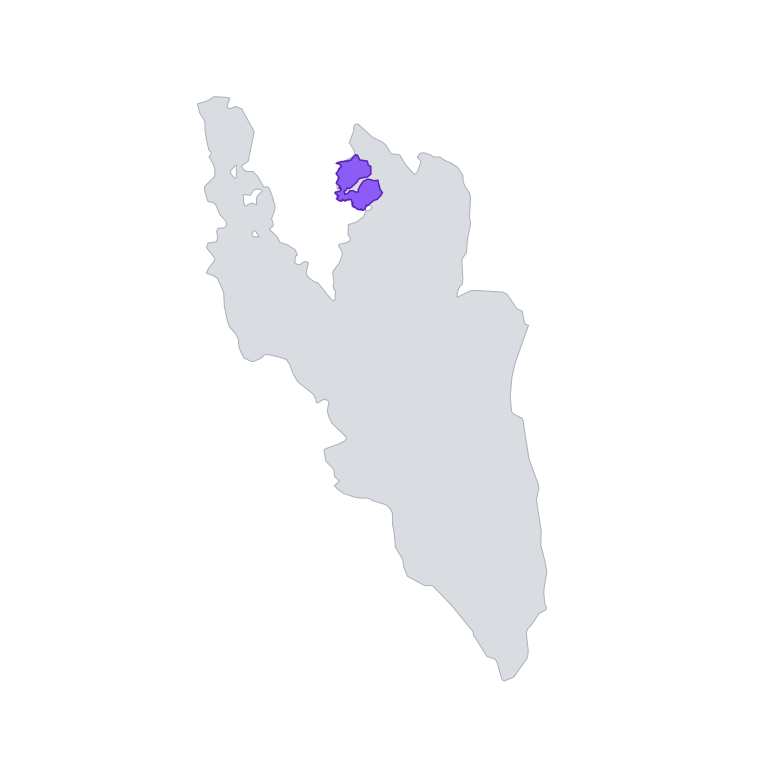 Ala-Buka, Jalal-Abad, Kyrgyzstan (highlighted), rotated 79°
{"feature_id": "92254566B39559079408831", "entity_name": "Ala-Buka", "entity_type": "district", "adm_level": 2, "iso_a3": "KGZ", "parent_name": "Kyrgyzstan", "parent_adm1": "Jalal-Abad", "projection": "mercator", "projection_center": [71.199, 41.407], "detail": "fine", "context": "in_parent", "style": "filled", "palette": "violet", "viewbox_px": 768, "rotation_deg": 79, "n_neighbors": 0, "source": "geoboundaries", "source_scale": "gbopen_adm2", "svg_char_len": 8346}
<svg xmlns="http://www.w3.org/2000/svg" viewBox="0 0 768 768"><g transform="rotate(79 384 384)"><path d="M168.2,460.6L170.1,459.4L176.0,458.2L188.0,457.0L192.1,457.9L200.3,462.8L206.6,462.2L207.8,462.9L210.2,467.0L218.9,460.9L225.2,459.1L228.4,453.0L235.2,445.6L241.0,444.4L241.1,445.6L242.2,446.7L248.1,448.4L249.9,446.5L250.9,443.8L248.8,439.5L248.8,437.7L250.7,435.1L260.1,439.2L262.2,439.1L266.5,436.8L270.5,432.8L271.9,429.7L291.2,419.5L292.6,417.6L292.3,416.3L284.2,413.9L280.6,415.2L277.2,415.2L275.1,413.7L265.3,413.2L263.1,412.1L256.6,404.7L248.5,400.0L244.5,400.3L239.9,402.3L238.4,401.4L238.0,394.4L237.1,390.2L234.3,389.2L230.7,390.9L220.8,388.6L219.6,379.7L215.9,372.0L210.6,368.9L210.4,364.2L208.6,362.2L207.0,362.8L205.0,365.1L206.0,370.3L205.2,375.5L204.0,378.1L201.8,380.0L199.2,380.0L194.6,377.4L193.9,393.0L193.1,394.0L187.7,391.8L183.4,392.7L176.9,391.8L172.1,389.2L162.7,386.3L158.2,383.4L155.5,372.9L152.9,369.2L150.4,368.4L140.4,372.0L130.1,365.6L125.0,364.3L123.6,362.3L123.9,359.9L139.5,348.2L145.7,340.1L149.5,336.7L159.4,333.0L161.6,325.6L162.4,324.7L172.5,321.1L183.7,314.6L183.9,312.8L182.8,311.2L172.7,305.2L167.6,308.0L164.5,304.5L164.5,300.9L167.9,294.8L170.7,291.7L171.9,285.8L176.0,281.8L180.2,275.6L185.3,270.4L194.7,266.6L200.0,267.8L204.9,266.9L212.6,263.8L217.3,263.5L236.9,268.3L243.5,268.5L258.7,274.8L270.7,277.9L276.5,283.8L295.7,286.5L301.0,288.2L302.8,291.1L308.3,294.7L312.9,295.6L308.9,281.3L310.5,272.8L316.6,249.5L319.7,245.9L335.4,239.3L339.0,234.4L350.2,234.5L352.6,233.6L353.8,230.9L388.6,251.4L401.7,257.1L419.9,262.4L435.3,264.1L437.9,262.9L444.1,254.9L447.0,254.5L485.1,256.0L512.5,251.7L516.4,252.0L526.6,256.5L558.9,257.8L571.6,260.8L591.7,259.7L600.2,260.2L615.4,266.0L620.8,267.2L630.8,268.1L634.6,267.1L636.7,268.4L638.9,275.7L648.3,284.9L651.8,289.8L655.3,291.8L673.2,293.3L679.9,295.3L696.4,312.5L698.5,322.5L696.8,324.6L679.3,326.0L675.3,327.4L671.1,334.9L647.6,343.9L644.1,343.8L612.6,360.8L590.9,375.1L590.0,382.0L577.3,397.6L567.8,399.5L559.7,399.1L546.4,403.9L529.4,402.2L523.5,402.5L512.4,400.4L507.9,401.5L503.1,404.7L496.5,417.1L493.8,420.0L492.6,422.8L491.6,428.8L489.1,435.2L483.5,444.8L478.7,449.3L474.3,452.1L470.8,446.2L465.0,450.3L459.6,449.4L456.3,450.7L448.8,455.8L437.6,455.6L436.4,453.8L434.2,439.8L432.3,433.1L430.7,431.6L428.7,431.4L412.7,442.5L405.3,444.5L399.2,444.8L391.3,441.5L389.6,442.3L388.2,444.1L387.6,446.4L389.9,452.6L389.3,453.9L385.7,453.8L380.7,455.2L365.4,468.2L355.7,471.5L346.7,472.9L341.4,475.2L338.4,480.0L332.5,493.3L332.7,496.1L335.2,499.6L337.0,507.7L336.6,509.7L331.8,516.4L325.7,518.3L320.9,519.3L311.7,518.5L306.9,519.8L298.2,524.8L291.0,525.7L277.5,525.9L264.2,524.0L259.9,524.6L248.1,527.6L244.1,532.3L242.0,536.5L240.8,537.1L236.1,533.2L230.2,526.5L227.2,526.6L216.6,532.1L215.1,531.9L212.0,529.8L212.4,521.2L209.0,519.5L201.8,519.0L199.4,517.1L200.2,511.6L199.3,509.5L197.5,507.9L193.7,508.3L186.2,512.9L177.4,514.5L174.3,516.0L170.9,522.1L159.2,523.3L155.4,522.0L148.2,510.8L142.1,509.1L135.9,509.5L127.5,512.4L125.5,510.0L123.3,509.3L121.3,511.3L111.0,511.6L100.5,511.3L94.5,510.0L90.6,510.1L82.9,513.2L73.4,513.7L72.4,503.3L69.5,496.2L72.4,484.5L74.0,480.8L81.1,485.1L83.6,484.4L84.3,482.1L83.2,476.9L86.7,471.2L111.6,463.3L139.3,474.7L142.9,482.1L145.3,481.8L149.2,478.5L150.3,472.2L155.7,468.6L167.6,464.4L168.2,460.6ZM182.4,486.4L182.9,485.4L180.9,479.9L183.7,474.8L178.1,474.0L175.2,472.5L172.0,467.3L170.9,467.0L169.3,468.5L168.4,471.8L169.2,475.5L173.2,479.0L171.3,486.2L179.5,487.1L182.4,486.4ZM153.6,491.4L153.4,489.9L151.4,489.2L141.1,487.1L141.5,488.6L145.5,494.0L148.5,494.3L153.6,491.4ZM215.1,482.1L215.7,478.8L209.5,480.7L208.8,482.4L210.9,484.6L213.6,485.3L215.1,482.1Z" fill="#d9dde1" stroke="#a8b0b8" stroke-width="1"/><path d="M153.6,368.0L153.9,368.0L154.3,368.0L154.5,368.0L154.5,368.4L154.5,368.6L154.4,368.7L154.4,368.9L154.5,369.3L154.7,369.8L154.9,369.9L155.0,370.1L155.4,370.3L155.4,370.6L155.5,370.8L155.9,371.3L155.9,371.5L156.2,371.6L156.3,371.8L156.5,372.0L156.6,372.3L156.8,372.7L157.1,372.8L157.3,373.1L157.5,373.4L157.6,373.5L158.0,373.9L158.0,374.0L158.0,374.3L158.0,374.5L158.0,374.8L157.9,375.0L157.8,375.3L158.0,375.6L158.0,376.1L158.1,376.5L158.3,376.6L158.5,376.9L158.4,377.0L158.1,377.1L158.1,377.7L158.0,377.9L157.9,378.1L158.2,378.2L158.2,378.3L158.4,378.6L158.3,378.9L158.3,379.0L157.9,379.3L157.9,379.6L157.7,380.2L157.9,381.3L158.0,381.5L157.9,382.1L157.8,382.3L157.7,382.4L157.5,382.8L157.4,383.1L157.5,383.4L157.5,383.5L157.7,383.8L157.7,384.2L157.7,384.3L157.6,384.8L157.7,385.1L157.7,385.6L157.8,386.3L157.8,386.7L157.8,386.9L158.1,387.6L158.1,388.0L158.2,388.3L158.4,388.6L158.5,388.5L158.5,388.1L158.9,387.4L159.0,387.3L159.1,387.0L159.0,386.4L159.0,386.1L159.2,385.9L159.3,385.8L159.6,385.8L159.8,385.7L160.0,385.3L160.3,385.2L160.6,385.0L160.8,384.7L161.2,384.4L161.5,384.3L161.8,384.4L162.1,384.5L162.2,384.4L162.4,384.4L162.6,384.7L162.7,384.9L162.8,384.9L163.1,385.3L163.3,385.4L163.3,385.5L163.6,385.6L163.7,385.8L163.8,385.9L163.8,386.0L163.7,386.1L163.8,386.2L163.8,386.3L164.0,386.5L164.1,386.9L164.3,387.0L164.4,387.3L164.6,387.4L164.7,387.5L164.9,387.5L165.1,387.7L165.2,387.8L165.3,388.0L165.6,388.1L165.7,388.3L165.8,388.3L166.0,388.5L166.5,388.7L166.9,388.8L167.1,389.2L167.3,390.0L167.8,390.5L168.5,390.8L168.7,390.7L169.4,390.5L170.1,389.8L170.4,389.9L171.1,389.5L171.4,389.3L172.1,389.1L172.3,389.2L172.5,389.1L172.7,388.9L172.8,388.9L173.3,389.3L174.0,389.7L175.0,389.9L175.2,390.3L175.7,391.2L176.2,391.6L177.3,392.3L177.9,392.5L178.8,391.8L179.9,390.7L180.2,390.5L180.8,390.5L181.3,389.6L181.8,389.3L182.2,389.3L182.7,390.6L183.1,390.7L183.4,390.4L183.4,389.7L183.4,389.2L183.6,389.0L183.8,388.7L184.3,388.8L185.0,389.5L185.3,389.2L185.9,389.7L186.2,390.2L186.5,392.0L186.3,394.8L186.5,395.0L186.6,395.3L186.6,395.6L186.4,395.8L186.6,395.7L186.8,395.6L187.4,395.6L187.4,395.4L188.0,395.1L187.9,395.0L188.0,394.9L188.4,394.8L188.7,394.5L189.0,394.1L189.8,394.0L190.4,393.7L190.5,393.2L190.7,393.7L190.7,393.9L191.0,393.9L191.7,394.2L191.9,394.2L191.9,393.8L192.1,393.8L192.4,393.8L192.2,394.2L192.2,394.3L192.5,394.3L192.8,394.2L193.2,395.2L193.6,394.8L194.6,394.0L195.3,393.3L195.7,392.4L196.4,391.4L196.4,391.2L196.3,390.9L196.3,391.0L196.3,390.9L196.1,390.8L196.1,390.7L195.9,390.6L195.9,390.3L195.7,390.4L195.6,390.5L195.5,390.4L195.5,390.1L195.5,389.9L195.4,389.8L195.3,389.7L195.3,389.4L195.2,389.3L195.2,389.1L195.5,388.8L195.7,388.7L195.8,388.6L196.0,388.4L196.2,388.1L196.5,388.0L196.8,387.6L196.8,387.4L196.9,387.2L196.7,387.0L196.8,386.8L196.7,386.5L196.4,386.3L196.2,386.3L196.2,386.1L196.4,385.9L196.5,385.4L196.4,385.2L196.2,384.8L195.9,384.5L196.0,384.1L196.2,383.8L196.7,383.4L196.5,383.1L196.3,383.0L196.4,382.3L196.2,382.0L196.1,381.7L196.3,381.5L196.9,381.1L197.2,380.9L197.5,380.8L197.8,380.9L198.2,380.9L198.6,381.0L199.1,380.8L199.2,380.6L199.8,380.1L200.1,380.0L200.3,380.3L200.3,380.5L200.5,380.6L200.6,381.0L200.8,381.1L201.0,381.1L201.3,381.0L201.3,380.9L201.4,380.7L201.7,380.5L201.8,380.3L202.0,380.3L202.4,380.9L202.7,380.9L202.9,381.0L203.1,381.1L203.6,380.4L203.7,380.5L203.8,380.6L204.1,380.4L204.4,380.1L204.6,379.9L204.8,379.4L204.7,379.4L204.9,379.1L204.9,378.9L205.1,378.9L205.1,378.7L205.3,378.4L205.5,377.9L206.0,377.9L206.3,377.7L206.5,377.6L206.9,377.4L207.0,377.1L207.1,376.7L207.3,376.6L207.4,376.4L207.5,376.2L207.8,375.9L207.8,375.6L208.0,375.4L208.0,375.2L208.1,374.9L208.3,374.7L208.4,374.4L208.4,374.2L208.2,373.9L208.3,373.8L207.8,373.5L207.8,373.4L207.8,373.1L208.2,373.0L208.4,373.0L208.6,372.9L208.6,372.6L208.8,372.5L208.9,372.4L209.0,372.4L209.0,372.1L209.2,371.9L209.3,371.8L209.5,371.3L209.3,371.0L209.3,370.8L209.3,370.5L209.2,370.4L209.1,370.2L209.0,369.6L208.5,369.0L207.7,368.7L207.3,368.5L207.1,368.4L206.8,368.3L206.7,368.1L206.4,368.1L205.9,367.7L205.5,367.5L205.2,367.4L205.0,367.1L205.3,367.0L205.4,366.9L205.5,366.9L205.9,366.5L205.9,366.3L201.9,359.1L201.4,355.3L198.2,351.0L195.8,349.0L192.4,350.7L182.8,351.2L182.7,354.6L179.8,360.6L180.9,365.4L184.3,369.2L188.5,372.3L190.6,372.5L190.2,375.1L188.1,378.0L188.0,381.2L189.9,382.8L190.3,386.4L187.2,386.4L186.8,384.6L184.4,382.6L185.6,380.8L184.5,378.4L180.3,371.6L178.3,370.3L177.5,367.6L177.6,360.9L175.6,357.0L167.9,355.4L166.1,357.6L162.0,357.9L159.4,365.1L154.4,366.3L153.6,368.0Z" fill="#8b5cf6" stroke="#5b21b6" stroke-width="1.5"/></g></svg>